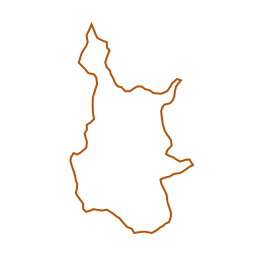 the district of Adelândia, Goiás, Brazil, rotated 174°
{"feature_id": "56859067B13956075802223", "entity_name": "Adelândia", "entity_type": "district", "adm_level": 2, "iso_a3": "BRA", "parent_name": "Brazil", "parent_adm1": "Goiás", "projection": "natural_earth1", "projection_center": [-50.188, -16.386], "detail": "fine", "context": "isolated", "style": "outline", "palette": "amber", "viewbox_px": 256, "rotation_deg": 174, "n_neighbors": 0, "source": "geoboundaries", "source_scale": "gbopen_adm2", "svg_char_len": 1650}
<svg xmlns="http://www.w3.org/2000/svg" viewBox="0 0 256 256"><g transform="rotate(174 128 128)"><path d="M181.0,52.0L178.3,49.0L174.8,49.6L170.8,50.9L166.9,49.7L162.3,48.6L157.5,49.0L152.1,44.7L149.0,41.6L145.9,39.1L142.1,33.5L139.1,29.6L134.8,27.3L132.8,22.9L129.1,23.2L122.8,23.3L115.2,21.1L109.9,23.5L106.1,25.9L103.1,27.1L100.5,29.1L97.2,30.0L94.7,34.9L94.1,39.3L95.3,44.9L96.5,49.9L96.5,57.2L98.6,63.4L100.6,68.7L101.1,73.5L97.4,74.6L91.0,75.6L87.4,77.5L81.4,77.7L78.3,78.9L74.7,80.8L71.1,82.9L67.3,84.3L70.2,90.3L74.6,90.3L79.5,89.1L82.9,91.4L86.2,94.3L89.7,95.9L92.8,98.0L91.6,101.3L86.4,106.1L86.6,111.7L89.8,117.3L91.8,121.6L93.0,128.0L93.2,132.9L93.3,141.1L91.9,144.7L89.5,147.4L83.7,148.2L80.7,150.9L78.8,154.2L77.5,159.6L75.9,164.2L73.2,167.2L70.3,169.8L74.1,171.6L79.1,168.1L82.5,163.6L85.3,160.5L91.2,158.6L98.9,160.0L102.8,163.4L106.9,164.8L110.2,167.9L115.0,168.3L122.3,164.4L126.8,164.8L130.3,169.3L134.0,170.6L136.0,173.9L137.8,179.7L139.4,183.2L140.1,187.2L142.7,190.5L143.8,195.5L141.5,200.9L138.3,207.0L140.4,210.0L140.1,215.6L144.5,217.7L149.2,221.0L150.4,224.4L153.4,234.9L155.6,230.8L159.5,224.6L159.1,217.9L160.8,214.2L163.9,210.4L166.2,207.3L168.0,203.3L170.1,198.0L166.7,193.8L164.6,191.1L161.8,186.8L156.2,184.9L154.3,181.4L154.1,175.1L156.3,170.2L159.8,161.9L160.7,154.7L161.1,149.9L161.3,146.2L160.8,140.5L164.4,137.6L168.7,135.4L169.1,130.6L171.7,127.1L171.2,123.1L170.3,118.6L171.5,112.8L178.3,108.2L181.5,107.0L184.7,108.8L187.9,104.7L188.7,101.1L187.6,95.1L186.3,89.7L185.6,85.7L185.4,81.6L184.3,77.5L185.4,72.4L186.7,68.6L184.5,64.2L180.6,57.6L181.0,52.0Z" fill="none" stroke="#b45309" stroke-width="2"/></g></svg>